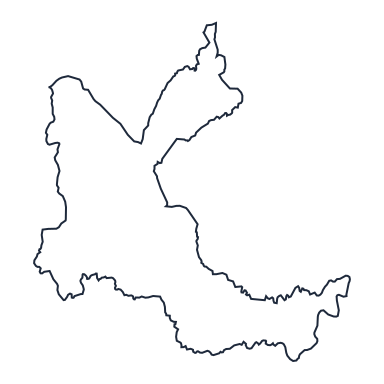 outline of Filomeno Mata, Puebla, Mexico
{"feature_id": "50627088B66549226075892", "entity_name": "Filomeno Mata", "entity_type": "district", "adm_level": 2, "iso_a3": "MEX", "parent_name": "Mexico", "parent_adm1": "Puebla", "projection": "robinson", "projection_center": [-97.693, 20.213], "detail": "fine", "context": "isolated", "style": "outline", "palette": "slate", "viewbox_px": 384, "rotation_deg": 0, "n_neighbors": 0, "source": "geoboundaries", "source_scale": "gbopen_adm2", "svg_char_len": 5916}
<svg xmlns="http://www.w3.org/2000/svg" viewBox="0 0 384 384"><path d="M277.8,343.3L280.6,342.8L282.5,343.3L283.8,344.3L285.3,347.2L286.3,352.8L287.3,355.6L290.1,359.1L293.1,361.0L296.4,360.5L297.6,358.8L298.8,358.1L299.2,355.8L299.9,354.3L304.6,350.1L307.1,350.0L310.9,348.6L316.6,343.1L317.4,341.1L317.2,338.8L315.2,336.6L314.3,334.1L314.4,332.6L317.4,325.7L317.8,316.9L318.1,315.1L319.2,312.6L321.0,310.7L323.5,310.3L328.2,314.5L333.7,316.5L336.3,316.6L337.8,315.9L338.8,310.3L336.9,300.6L336.6,296.5L337.4,295.2L338.9,294.8L343.5,296.7L346.5,296.1L346.4,294.5L348.7,283.1L349.6,281.1L349.9,279.2L349.4,277.0L347.7,275.9L345.7,275.7L339.9,278.9L337.0,279.1L334.8,281.6L333.0,281.6L331.1,280.4L329.2,280.8L326.9,284.7L325.0,286.7L322.9,290.1L321.9,292.8L320.4,294.6L318.7,295.6L316.8,295.5L314.7,292.6L310.1,294.5L308.8,291.3L306.4,290.2L304.1,290.1L303.4,288.7L302.3,288.4L300.8,291.8L299.7,291.0L299.1,287.7L298.1,286.2L295.4,287.9L290.8,296.5L288.9,297.3L288.2,295.7L287.1,295.0L286.3,296.2L285.8,299.4L284.5,300.2L280.8,295.3L279.3,295.9L277.7,297.2L277.2,298.5L276.7,303.2L274.2,302.7L273.5,300.8L273.2,298.3L272.1,297.4L269.4,299.0L267.8,298.3L266.1,296.2L264.8,300.2L251.1,298.9L249.3,294.7L247.1,295.3L246.0,294.5L247.0,292.8L245.6,290.5L244.5,290.3L243.1,292.6L241.5,292.4L241.3,291.5L242.2,287.2L241.4,286.4L235.3,287.0L233.1,281.4L228.1,279.9L226.4,274.7L222.4,273.0L216.3,274.2L212.9,274.2L212.5,271.0L208.7,268.9L206.3,266.7L204.5,266.5L203.8,265.8L203.2,264.0L201.3,262.8L201.6,261.4L201.2,260.1L199.0,257.2L197.0,249.8L197.8,245.4L196.4,241.6L196.5,240.6L197.7,239.0L198.0,237.1L197.1,236.7L196.8,232.3L195.9,231.8L196.3,228.7L197.6,224.2L187.8,209.9L186.1,208.0L179.8,205.8L176.3,205.9L171.8,206.9L166.0,206.3L167.1,205.3L167.2,202.4L160.8,188.7L157.1,178.1L157.0,176.3L153.8,171.2L154.5,169.0L154.5,165.8L157.5,163.9L157.7,161.9L159.8,163.1L161.4,162.8L162.3,158.8L176.8,138.9L184.4,139.5L185.7,140.4L187.4,140.4L187.9,141.0L189.4,140.1L191.4,137.0L195.2,135.5L196.1,132.6L201.4,127.6L207.9,123.6L209.1,121.0L211.1,120.1L214.0,119.8L216.7,116.7L218.3,117.1L219.4,118.5L222.5,115.7L224.1,114.7L225.1,113.1L226.1,113.0L226.8,113.7L227.0,115.7L228.1,115.0L230.2,114.6L231.9,113.2L232.2,112.5L232.1,110.1L235.2,107.1L237.8,107.6L238.5,103.7L241.1,102.9L242.2,101.0L242.4,95.7L241.2,92.6L237.6,88.7L229.9,88.5L222.0,79.8L219.2,74.9L223.8,72.3L224.4,71.2L224.3,69.8L225.1,68.4L225.4,64.6L224.4,57.0L221.1,55.3L218.7,54.9L216.6,56.5L217.7,52.7L217.7,49.7L214.4,39.3L215.0,37.4L214.9,34.0L215.7,31.8L216.0,23.0L211.8,24.8L206.8,25.3L204.4,31.7L203.5,32.4L209.4,42.6L205.4,47.6L202.3,48.1L200.0,49.3L199.2,50.8L198.9,54.9L197.7,55.0L196.5,56.1L196.8,58.7L198.7,63.8L196.8,64.4L196.0,65.9L196.3,68.9L195.9,70.0L195.2,70.7L194.6,70.6L194.6,69.2L193.9,68.0L192.9,68.2L192.3,69.0L190.0,69.3L188.6,66.8L187.3,66.1L184.8,66.9L183.0,69.5L178.2,70.5L177.4,71.5L176.9,73.2L175.1,73.6L175.2,75.1L174.6,76.0L173.3,76.4L170.6,80.4L167.6,83.0L164.7,89.3L164.0,90.1L162.9,90.5L162.2,91.6L161.7,93.9L161.0,94.9L159.7,98.7L158.2,100.3L157.1,102.6L156.1,105.9L154.3,109.3L152.8,113.7L151.3,114.7L149.7,117.2L148.2,123.2L148.2,125.5L143.9,130.1L142.7,139.1L141.0,143.5L138.1,142.1L134.2,141.4L127.8,134.8L120.4,123.8L112.9,117.8L100.2,104.7L95.4,101.2L93.6,99.1L88.1,89.8L84.6,89.5L83.1,88.5L81.2,81.6L79.5,79.5L68.1,76.1L62.0,77.5L59.3,78.7L56.4,80.8L52.3,85.3L50.1,86.9L48.7,87.1L50.3,87.7L51.2,88.6L52.1,90.0L52.9,92.8L53.0,93.6L51.1,97.0L51.1,97.9L52.2,100.5L51.7,103.7L52.7,107.5L52.7,113.9L54.2,116.8L54.5,119.4L53.3,121.7L50.7,122.7L49.6,123.8L46.6,129.5L45.9,132.8L47.3,134.8L46.3,139.0L46.4,141.1L47.9,144.0L49.5,144.7L55.2,143.0L57.6,142.7L59.2,143.3L59.4,144.1L57.5,149.3L57.9,152.3L54.7,157.4L55.2,160.2L57.9,164.9L59.5,171.0L57.6,177.2L56.9,184.5L57.0,185.4L58.6,187.8L57.8,191.6L59.2,193.5L62.8,196.1L65.2,201.7L66.0,207.2L65.8,219.1L65.6,220.5L61.3,223.5L58.9,227.2L56.4,228.7L48.2,228.9L42.6,229.6L41.7,234.9L42.7,241.8L41.4,245.3L41.1,247.8L40.4,249.0L39.5,249.2L39.0,250.7L40.2,252.2L37.5,254.1L36.9,256.5L34.4,260.3L34.1,263.2L35.9,265.9L37.5,266.9L39.3,266.9L40.7,268.3L39.7,271.7L40.6,273.3L42.1,273.4L44.2,271.8L49.6,271.0L53.4,279.3L57.1,283.9L57.9,285.8L57.4,290.1L58.8,294.3L63.6,300.1L64.9,299.9L67.1,296.9L68.1,294.8L70.0,293.6L71.6,294.3L71.8,297.6L73.0,297.9L73.7,297.6L74.5,296.1L80.7,294.1L82.5,294.0L83.8,289.6L83.6,288.4L82.8,285.4L81.0,282.8L80.4,280.9L80.9,279.5L82.4,277.7L82.6,274.6L83.0,274.1L84.4,274.3L86.0,275.8L87.1,277.6L87.0,278.8L87.8,279.0L89.2,278.5L90.7,275.8L92.2,275.0L94.9,274.3L95.9,273.5L96.7,273.6L97.1,278.0L98.6,280.4L99.5,279.1L100.6,278.9L101.7,277.7L103.8,277.4L105.4,276.6L106.6,278.1L111.7,277.6L113.1,278.2L115.1,280.5L115.4,282.0L114.9,283.8L115.9,285.9L115.0,287.7L115.1,288.9L115.9,289.6L117.3,289.6L118.3,289.0L120.6,289.6L122.8,292.0L124.4,295.2L126.3,294.8L128.4,295.8L131.3,295.4L132.4,295.9L133.1,296.5L133.3,298.5L134.0,299.3L134.7,299.4L135.8,297.5L139.4,297.6L141.7,296.5L145.4,297.7L148.4,297.4L153.1,296.0L160.1,296.6L161.4,299.6L163.8,302.6L164.9,306.9L165.2,312.4L166.1,313.6L166.3,315.3L169.8,315.7L169.8,318.0L170.8,320.4L173.7,321.8L175.9,321.9L175.4,324.2L174.5,324.3L174.3,326.7L178.1,329.3L176.7,332.2L176.1,336.8L176.8,340.8L180.3,342.5L181.0,343.2L181.5,345.3L181.4,347.2L183.7,347.1L185.6,346.1L187.0,349.5L190.5,348.8L192.0,349.3L193.0,349.8L193.2,351.7L195.1,352.9L195.8,352.8L197.3,351.3L198.1,351.3L200.0,352.6L202.2,352.8L207.4,350.8L208.9,351.3L210.5,352.7L211.6,354.6L213.5,355.1L219.2,353.3L220.5,351.8L221.5,352.4L223.0,352.2L224.1,350.1L226.2,349.0L229.8,348.8L234.2,345.4L239.7,344.0L241.7,344.8L243.6,341.8L246.0,343.9L245.7,345.1L247.1,348.0L249.6,348.7L251.5,348.2L255.5,342.6L256.4,342.2L258.3,343.6L258.8,344.6L260.1,343.6L262.1,340.9L263.3,340.4L265.7,340.6L266.1,341.1L265.7,343.6L267.9,345.0L270.2,345.2L271.6,344.5L272.9,343.3L273.4,344.5L275.2,345.8L277.8,343.3Z" fill="none" stroke="#1e293b" stroke-width="2"/></svg>